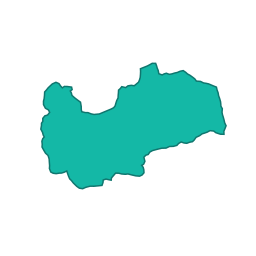 Guararema, São Paulo, Brazil, rotated 113°
{"feature_id": "56859067B30349189053910", "entity_name": "Guararema", "entity_type": "district", "adm_level": 2, "iso_a3": "BRA", "parent_name": "Brazil", "parent_adm1": "São Paulo", "projection": "orthographic", "projection_center": [-46.062, -23.425], "detail": "fine", "context": "isolated", "style": "filled", "palette": "teal", "viewbox_px": 256, "rotation_deg": 113, "n_neighbors": 0, "source": "geoboundaries", "source_scale": "gbopen_adm2", "svg_char_len": 2403}
<svg xmlns="http://www.w3.org/2000/svg" viewBox="0 0 256 256"><g transform="rotate(113 128 128)"><path d="M173.8,202.1L176.5,200.6L179.1,199.7L181.1,197.2L183.4,194.1L184.5,190.9L187.3,188.5L190.5,186.9L193.4,185.4L196.0,184.5L198.7,181.9L198.9,179.2L198.1,176.3L196.4,173.6L195.4,171.5L193.7,169.5L191.5,167.6L193.4,165.9L195.5,164.0L197.6,161.8L198.5,159.5L200.0,156.8L201.7,152.4L202.4,149.3L201.6,146.0L199.1,143.7L196.4,140.2L194.9,136.6L192.9,132.9L191.0,129.5L188.0,129.7L185.5,130.5L183.6,128.3L183.2,126.0L182.6,123.1L180.4,123.7L177.9,122.9L174.4,121.8L173.2,118.8L172.8,115.9L171.6,112.3L170.3,110.1L169.8,106.6L169.0,102.1L167.8,98.5L165.8,96.7L163.0,95.8L160.3,97.1L158.3,98.6L157.0,100.8L155.3,99.5L152.1,99.4L148.7,102.0L146.0,100.9L144.5,99.1L141.6,98.5L139.2,96.6L137.2,94.1L135.3,91.6L133.4,89.0L131.6,85.1L128.8,82.6L127.2,79.1L124.9,76.2L122.5,75.4L120.1,73.6L119.9,70.6L119.1,67.9L117.0,65.7L115.4,63.3L113.3,62.4L110.0,61.7L107.1,59.1L104.4,57.5L102.9,55.7L100.9,53.5L98.4,51.5L97.3,47.9L98.0,45.4L97.8,42.8L97.6,40.5L96.3,37.2L93.5,38.5L90.7,38.5L87.6,38.6L85.5,41.0L83.0,42.8L80.6,44.7L79.0,46.1L76.8,47.6L73.4,48.7L71.6,51.0L69.4,52.1L67.6,53.1L64.8,55.4L62.9,57.2L60.4,58.8L58.3,60.8L55.8,62.6L55.9,65.7L55.9,68.7L55.9,71.0L56.3,73.3L57.0,76.1L56.8,79.5L58.1,83.4L56.7,85.7L56.1,87.9L55.3,91.3L55.0,94.4L54.2,96.6L53.6,99.6L55.4,102.2L57.6,104.3L59.3,106.7L61.1,108.8L62.5,111.0L62.6,114.1L64.1,115.9L65.8,117.3L66.0,120.8L63.1,122.8L61.5,124.5L59.7,125.9L57.7,127.8L59.0,131.0L61.1,132.6L63.3,134.4L68.6,139.7L70.8,138.6L73.4,137.6L76.7,136.5L79.4,136.2L81.7,136.2L84.5,137.6L86.7,138.8L87.4,141.6L89.2,144.5L91.7,145.9L92.4,149.9L94.7,150.5L96.8,151.5L99.3,150.6L101.5,149.9L104.2,148.9L107.2,149.1L110.3,148.8L112.7,148.5L114.9,149.1L117.0,150.8L126.3,159.9L127.7,162.5L128.8,164.5L129.4,167.4L129.5,170.9L130.5,173.3L131.1,176.9L129.3,178.2L126.6,179.4L122.8,181.8L121.9,185.7L121.0,189.1L119.9,192.3L117.8,193.9L116.5,195.6L114.5,194.4L112.4,195.9L113.5,200.0L114.6,202.8L116.7,204.1L115.8,206.2L114.1,208.9L114.1,212.2L117.0,214.9L119.9,216.2L122.2,217.2L124.8,217.9L127.4,218.8L130.7,217.6L134.0,216.6L136.3,216.3L139.5,214.9L142.1,211.7L142.4,208.4L144.2,206.2L147.5,207.1L149.3,209.3L152.4,210.2L155.2,209.0L157.4,209.5L159.6,208.6L163.1,207.8L165.4,205.0L167.6,203.3L169.0,201.6L171.2,202.3L173.8,202.1Z" fill="#14b8a6" stroke="#0f766e" stroke-width="1.5"/></g></svg>